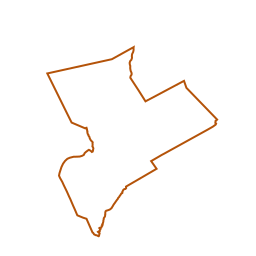 outline of Serei Saophoan, Bântéay Méanchey, Cambodia, rotated 334°
{"feature_id": "14789045B91793328513154", "entity_name": "Serei Saophoan", "entity_type": "district", "adm_level": 2, "iso_a3": "KHM", "parent_name": "Cambodia", "parent_adm1": "Bântéay Méanchey", "projection": "albers", "projection_center": [102.937, 13.614], "detail": "fine", "context": "isolated", "style": "outline", "palette": "amber", "viewbox_px": 256, "rotation_deg": 334, "n_neighbors": 0, "source": "geoboundaries", "source_scale": "gbopen_adm2", "svg_char_len": 2632}
<svg xmlns="http://www.w3.org/2000/svg" viewBox="0 0 256 256"><g transform="rotate(334 128 128)"><path d="M211.8,159.5L198.1,117.5L198.6,113.5L199.0,110.2L155.4,111.7L154.0,98.9L152.1,83.9L152.7,83.0L153.1,82.5L153.9,82.0L154.5,81.7L155.0,81.0L155.4,79.7L155.4,78.8L155.4,78.1L155.7,76.8L156.2,75.2L156.8,74.1L157.3,73.1L157.4,72.0L158.0,70.2L159.2,68.9L159.8,68.6L160.9,68.2L162.1,67.0L162.7,66.0L162.8,65.4L163.7,63.9L164.4,63.1L165.8,62.1L166.9,60.8L167.3,60.1L167.6,59.6L167.9,58.7L168.5,57.8L158.8,58.3L143.7,59.1L79.4,43.6L79.6,86.6L79.7,98.4L89.5,109.7L89.9,109.8L90.3,109.5L90.8,109.6L90.7,110.3L90.5,111.4L90.1,112.6L90.1,113.2L89.7,113.6L89.6,114.1L89.4,114.8L89.2,115.4L89.3,116.2L89.4,116.9L89.1,117.4L89.2,118.0L89.4,119.1L89.1,120.4L89.1,121.4L89.2,122.8L89.6,124.0L89.9,124.8L90.0,125.4L89.5,126.0L89.2,126.7L88.8,127.7L88.5,128.1L87.9,129.1L88.1,129.8L88.0,130.7L87.9,131.2L87.6,131.6L87.2,132.0L86.9,132.6L86.5,133.1L85.9,133.7L85.0,133.7L84.5,132.2L83.3,130.5L82.1,130.6L79.6,131.1L78.0,131.6L76.5,132.8L74.5,132.9L72.1,132.5L69.1,131.2L66.5,130.0L62.6,129.2L60.0,129.1L57.0,130.0L54.0,131.6L51.0,134.0L48.5,136.6L46.6,138.6L45.1,140.6L45.0,143.2L45.3,147.7L45.2,151.0L45.2,152.0L45.2,153.8L45.2,155.6L45.2,158.5L45.1,161.1L45.0,163.7L45.0,166.3L44.8,170.1L44.6,174.3L44.5,177.8L44.3,181.6L44.2,183.6L44.2,184.3L48.3,188.9L50.9,191.4L50.3,206.4L50.7,206.9L50.8,207.5L50.9,208.7L51.4,209.3L51.8,210.0L52.2,210.3L52.9,210.7L53.3,211.4L53.9,212.1L54.2,212.4L54.7,212.2L55.1,211.6L55.8,210.8L56.4,210.1L56.3,209.6L55.8,209.1L55.5,208.2L56.1,208.1L57.5,208.2L57.6,207.7L58.2,207.1L58.7,207.1L59.0,206.8L58.7,206.2L58.4,205.4L58.9,205.3L59.7,205.7L60.5,205.7L61.0,205.1L61.3,204.6L61.9,204.7L62.8,203.8L62.6,203.3L63.2,202.9L63.9,202.4L64.2,201.9L64.7,201.5L65.1,200.7L65.4,200.2L66.1,199.5L66.5,198.7L66.9,198.3L67.7,197.9L68.6,197.3L69.1,196.6L69.4,195.9L69.8,195.6L70.3,194.4L71.0,193.4L71.4,193.0L72.2,192.8L73.1,193.0L74.6,193.2L75.8,193.3L76.6,193.2L77.6,192.9L78.3,192.7L79.3,192.0L80.3,191.4L81.1,190.8L82.3,190.1L83.5,189.5L84.5,188.9L85.8,188.2L86.7,187.7L87.7,187.3L88.2,186.8L88.6,186.5L89.3,186.3L90.0,186.0L90.3,185.7L91.0,185.3L91.5,185.1L92.1,184.7L92.6,184.4L93.2,184.0L94.2,184.0L94.6,183.8L94.7,183.1L95.0,182.8L95.6,182.4L96.1,182.0L96.8,181.5L98.0,181.3L98.7,181.6L99.1,181.6L100.0,181.2L100.5,179.8L107.3,179.3L125.1,178.0L135.8,177.2L134.3,167.9L143.9,167.2L146.5,167.0L149.5,166.9L198.7,164.4L204.7,164.0L208.2,163.4L208.6,163.1L209.1,162.7L208.9,162.1L208.7,161.7L209.0,161.3L209.3,160.9L209.6,160.3L209.8,160.0L210.7,159.9L211.8,159.5Z" fill="none" stroke="#b45309" stroke-width="2"/></g></svg>